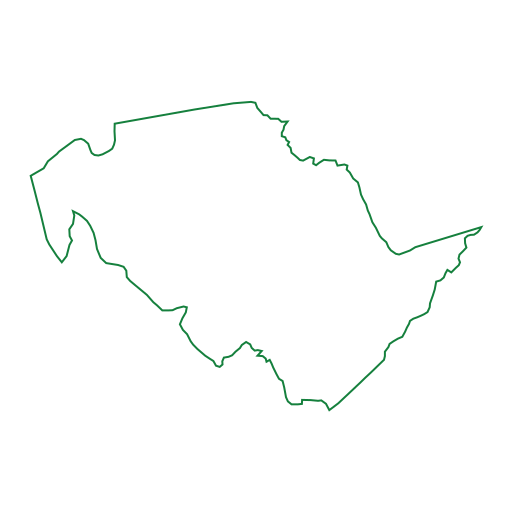 the district of São Francisco do Brejão, Maranhão, Brazil
{"feature_id": "56859067B51187735932804", "entity_name": "São Francisco do Brejão", "entity_type": "district", "adm_level": 2, "iso_a3": "BRA", "parent_name": "Brazil", "parent_adm1": "Maranhão", "projection": "mercator", "projection_center": [-47.336, -5.17], "detail": "fine", "context": "isolated", "style": "outline", "palette": "green", "viewbox_px": 512, "rotation_deg": 0, "n_neighbors": 0, "source": "geoboundaries", "source_scale": "gbopen_adm2", "svg_char_len": 2659}
<svg xmlns="http://www.w3.org/2000/svg" viewBox="0 0 512 512"><path d="M30.7,175.8L34.6,190.7L37.9,203.7L40.4,212.9L46.7,239.3L49.3,244.5L56.9,256.1L61.8,262.3L66.6,256.1L69.5,244.9L72.0,240.5L69.7,236.2L69.3,229.3L73.0,223.9L74.3,215.5L73.0,211.2L79.1,214.3L82.1,216.6L87.0,220.9L90.2,225.8L93.6,232.9L95.5,240.2L97.0,249.0L100.7,257.9L106.2,263.1L118.1,265.0L123.6,266.8L126.3,270.7L126.8,277.1L130.1,280.9L135.2,285.2L146.9,294.9L153.3,302.2L157.0,305.3L162.3,310.4L168.6,310.4L172.6,310.2L176.8,308.2L183.6,306.5L186.8,307.3L185.8,312.4L182.4,318.3L179.9,324.3L182.9,329.9L187.1,334.2L190.7,341.3L193.1,344.6L197.3,348.9L205.2,355.7L209.9,358.8L213.4,361.0L216.0,365.7L219.7,366.9L222.5,364.5L222.3,361.3L223.9,357.6L228.6,356.8L232.1,355.3L235.5,351.7L239.9,348.1L241.8,345.0L246.1,342.0L250.2,344.4L251.7,347.9L254.7,350.6L257.8,350.1L261.7,351.0L257.5,355.7L262.7,356.1L265.7,358.6L266.5,361.7L269.7,359.9L271.6,363.6L273.2,367.5L276.5,374.2L279.0,378.8L282.6,381.0L284.2,387.4L286.0,397.2L287.9,401.4L291.5,404.3L298.1,404.3L301.9,403.9L302.1,399.9L310.7,400.1L318.1,400.8L321.3,400.4L326.0,403.8L329.3,410.1L338.3,403.3L360.6,382.3L365.4,377.6L370.9,372.5L384.0,359.8L384.9,356.1L384.9,351.7L388.4,347.1L389.6,343.9L393.4,341.3L398.0,338.6L402.3,336.8L405.1,331.7L406.9,327.6L409.0,323.9L410.0,320.9L413.3,318.7L417.2,317.3L420.7,315.8L424.1,314.2L427.5,312.1L429.7,307.3L430.0,303.4L431.6,298.9L432.8,295.6L434.7,289.6L436.2,281.6L440.4,280.4L443.8,277.5L445.5,273.2L447.4,269.9L451.3,272.4L455.9,267.8L458.8,265.2L460.0,262.3L458.5,258.6L459.5,254.6L462.9,251.3L466.4,247.6L465.1,243.2L464.9,238.3L467.6,235.8L470.6,234.9L474.0,234.7L477.5,232.4L479.6,230.0L481.3,227.1L415.3,247.2L410.0,250.5L399.1,254.5L395.8,253.8L390.8,250.3L388.4,247.1L386.3,242.2L381.8,238.3L379.8,235.9L375.9,227.8L372.4,222.3L369.5,214.1L367.8,210.5L366.1,204.5L363.1,199.2L361.0,194.6L359.4,187.4L357.9,182.4L353.2,178.5L349.8,172.5L346.7,169.6L347.4,165.6L344.4,164.5L337.5,165.6L335.5,160.5L329.4,160.4L323.9,159.8L319.3,162.7L316.1,165.2L313.2,163.6L313.9,158.4L309.8,157.0L303.1,160.6L299.9,160.0L297.5,157.7L294.6,155.2L291.5,152.7L290.6,147.9L287.6,144.9L289.1,142.0L286.4,140.2L285.3,137.3L281.8,136.2L281.8,132.7L283.5,129.7L284.2,126.1L287.6,121.5L281.5,121.8L278.2,118.8L270.6,118.7L267.4,115.3L263.5,115.1L260.8,111.9L257.3,107.9L255.4,102.8L251.0,101.9L233.5,103.3L194.6,109.5L114.7,123.7L114.5,131.3L115.0,140.3L114.0,144.7L112.2,148.7L108.9,151.0L102.6,154.3L98.4,155.5L94.5,155.0L91.7,153.0L90.4,150.0L88.2,143.7L84.0,140.1L81.0,138.8L74.8,140.0L59.0,151.6L56.9,154.0L47.9,161.3L43.7,168.3L30.7,175.8Z" fill="none" stroke="#15803d" stroke-width="2"/></svg>